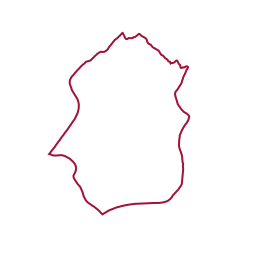 Man'ar, Al Mahrah, Yemen (Robinson projection), rotated 118°
{"feature_id": "15242507B25634508234618", "entity_name": "Man'ar", "entity_type": "district", "adm_level": 2, "iso_a3": "YEM", "parent_name": "Yemen", "parent_adm1": "Al Mahrah", "projection": "robinson", "projection_center": [50.908, 16.452], "detail": "fine", "context": "isolated", "style": "outline", "palette": "rose", "viewbox_px": 256, "rotation_deg": 118, "n_neighbors": 0, "source": "geoboundaries", "source_scale": "gbopen_adm2", "svg_char_len": 5797}
<svg xmlns="http://www.w3.org/2000/svg" viewBox="0 0 256 256"><g transform="rotate(118 128 128)"><path d="M45.8,104.4L45.9,105.0L46.2,105.5L46.6,105.9L48.0,106.7L48.4,107.1L48.5,107.6L48.7,108.1L49.7,108.7L50.0,109.2L50.0,109.8L49.6,110.2L48.8,111.0L48.3,111.2L47.9,111.6L47.8,112.2L47.7,112.8L47.4,113.4L47.0,113.9L46.3,114.8L45.7,115.7L45.5,116.3L45.6,116.8L46.0,117.2L47.0,117.5L47.6,117.6L48.0,117.8L48.5,118.0L49.3,118.7L49.7,119.0L49.9,119.6L50.2,120.1L50.7,120.4L51.1,120.7L50.7,121.2L50.3,121.4L49.9,121.8L49.8,122.4L50.0,122.9L50.1,123.5L50.0,124.0L49.3,125.1L49.1,125.6L49.0,126.8L49.0,127.4L48.9,128.0L48.4,128.9L48.2,129.5L47.8,130.6L47.7,131.2L47.7,131.7L47.8,132.9L47.6,133.4L47.3,133.9L46.4,135.4L45.4,137.1L45.3,137.6L45.3,138.2L45.2,140.6L45.1,141.9L45.1,142.5L45.1,143.7L45.0,144.3L44.3,145.9L44.0,146.4L43.8,146.9L43.8,147.6L43.9,148.7L43.9,149.3L43.7,150.0L43.5,150.5L43.2,151.0L42.4,151.8L42.1,152.3L41.6,152.6L41.2,153.0L40.9,153.4L40.7,154.0L40.4,155.2L40.4,156.4L40.3,159.4L40.2,160.0L40.0,160.5L39.7,161.0L39.7,162.5L40.1,162.8L40.6,162.9L41.7,163.3L43.3,164.0L44.2,164.5L44.7,164.9L45.0,165.3L45.3,165.8L45.8,166.0L46.3,166.1L46.7,166.4L47.0,166.9L47.5,168.0L48.3,169.6L48.8,169.9L49.2,170.1L49.7,170.4L50.1,170.9L50.3,171.4L50.2,171.9L50.0,172.5L49.7,173.0L49.4,173.4L49.0,173.8L48.7,174.2L47.6,175.8L47.0,176.6L46.6,177.2L46.6,177.5L46.9,177.6L48.2,178.0L49.1,178.3L49.5,178.3L50.5,178.6L51.1,178.9L51.5,179.0L51.8,179.1L52.1,179.2L52.4,179.3L53.9,179.7L54.6,180.1L56.0,180.8L56.3,181.0L56.9,181.1L57.3,181.2L58.1,181.3L58.8,181.5L59.5,181.6L60.5,181.7L61.9,182.0L62.6,182.1L63.3,182.2L64.0,182.5L65.0,182.7L66.4,182.8L67.1,182.8L67.5,182.8L68.0,182.9L68.8,183.0L69.6,183.3L69.8,183.5L70.7,183.9L71.3,184.3L71.8,184.7L72.1,185.0L72.3,185.3L72.5,185.6L72.7,185.9L72.9,186.6L73.5,187.8L73.8,188.1L74.1,188.3L74.5,188.6L75.5,189.2L76.2,189.5L76.8,189.9L77.1,190.0L77.8,190.2L78.4,190.4L79.4,190.8L80.1,191.0L80.8,191.3L81.5,191.4L82.3,191.6L83.3,192.0L83.9,192.2L85.3,192.6L85.9,192.9L86.1,193.0L86.7,193.5L87.2,194.0L87.7,194.5L87.9,194.7L88.1,195.0L88.6,195.5L88.8,195.8L89.1,196.0L89.7,196.4L90.8,196.6L91.8,196.9L92.3,197.2L92.6,197.3L93.3,197.6L95.2,198.3L96.0,198.5L96.3,198.6L96.6,198.7L96.9,198.7L97.5,198.9L98.4,199.1L98.8,199.2L99.2,199.3L100.5,199.8L101.6,200.0L102.3,200.2L102.9,200.3L104.3,200.7L105.6,200.9L106.8,201.1L108.5,201.6L109.2,201.8L109.5,201.8L111.8,201.8L112.5,201.8L113.8,201.5L114.5,201.2L115.5,200.6L116.6,199.9L118.5,197.7L118.8,197.5L119.2,196.9L120.3,195.9L120.9,195.3L121.1,195.0L121.3,194.7L121.8,193.7L122.0,193.4L123.2,191.4L124.2,189.7L124.7,188.8L124.9,188.4L125.8,186.9L126.4,186.0L127.4,185.0L127.9,184.4L128.8,183.7L129.4,183.2L130.0,182.7L131.0,182.1L132.2,181.5L132.6,181.4L132.9,181.2L134.5,180.5L135.0,180.4L136.8,179.9L137.8,179.7L138.2,179.6L140.2,179.4L142.3,179.4L144.4,179.2L145.2,179.3L146.3,179.4L146.7,179.5L147.0,179.5L148.4,179.7L151.6,180.0L152.0,180.1L152.4,180.1L152.8,180.2L154.8,180.5L155.9,180.5L158.4,180.8L160.2,181.2L160.5,181.2L161.5,181.4L161.9,181.5L162.2,181.5L162.9,181.6L164.2,181.7L164.5,181.7L166.2,182.1L167.0,182.2L167.4,182.3L169.1,182.4L169.4,182.5L170.5,182.6L170.9,182.6L171.2,182.7L171.9,182.8L172.5,183.1L172.9,183.1L174.6,183.2L175.0,183.3L176.0,183.5L179.3,183.8L180.4,184.1L183.4,184.6L184.7,184.9L185.5,185.0L186.1,185.0L187.1,185.2L188.0,185.4L187.8,184.4L187.6,183.7L187.6,182.6L187.5,181.9L187.3,181.1L187.2,180.8L187.0,180.4L186.7,179.8L186.0,178.5L183.6,174.7L183.3,174.0L183.0,173.3L182.9,173.0L182.4,170.7L182.4,170.3L182.4,168.4L182.4,165.5L182.5,165.1L182.6,164.3L182.9,163.2L183.0,162.8L183.2,162.1L183.5,160.7L184.2,159.2L184.7,158.2L185.1,157.5L185.9,156.5L186.2,156.2L187.0,155.6L188.2,154.8L188.5,154.6L189.2,154.4L190.1,154.1L191.1,154.0L191.5,153.9L192.9,153.9L193.2,153.8L195.5,153.8L196.1,153.6L196.4,153.4L197.0,152.9L197.9,151.8L198.3,151.2L198.7,150.6L199.4,149.3L200.1,148.0L201.3,145.7L201.6,144.9L202.0,143.7L202.4,142.6L203.3,141.4L204.0,140.5L205.5,138.6L206.4,137.7L206.8,137.2L208.1,136.1L208.8,135.3L209.0,135.0L209.3,134.8L210.0,133.8L210.6,132.8L211.3,131.9L211.8,131.0L212.1,130.2L212.5,128.8L212.8,127.3L213.0,125.4L213.0,125.0L213.2,124.2L213.3,123.4L213.3,123.0L213.3,122.2L213.4,121.1L213.6,120.0L213.9,118.5L214.3,116.2L214.6,115.0L214.8,114.6L215.0,113.8L215.6,112.3L215.7,111.7L216.0,110.9L216.3,110.1L209.7,106.1L203.7,101.0L199.5,96.5L196.1,92.4L191.9,86.6L185.9,76.4L182.3,70.4L179.4,65.1L177.4,62.3L175.9,60.7L174.2,59.0L172.7,58.2L170.7,57.3L168.6,56.8L166.6,56.8L162.6,55.7L158.6,54.7L154.5,54.2L152.3,54.2L150.5,54.9L142.6,58.2L137.7,60.3L137.1,60.9L136.1,61.5L135.1,61.9L134.6,62.1L134.1,62.4L133.5,62.6L133.2,63.0L132.8,63.5L132.3,63.9L131.8,64.3L131.2,64.6L129.8,65.6L128.7,66.2L127.4,67.2L126.5,67.9L126.1,68.4L124.8,69.6L124.0,70.5L123.6,71.0L123.3,71.4L122.9,71.8L122.1,72.7L119.9,74.5L118.3,75.4L117.2,75.9L116.0,76.4L115.5,76.7L114.5,77.2L113.9,77.3L112.7,77.8L112.1,78.0L111.6,78.1L111.2,78.4L110.7,78.7L110.1,78.9L109.6,78.9L108.5,79.0L105.7,79.3L103.5,79.3L101.3,79.3L100.2,79.1L98.5,79.1L98.0,79.0L96.2,78.6L94.1,78.5L92.9,78.5L92.4,78.6L91.9,78.6L91.4,78.8L90.4,79.0L89.4,79.2L88.9,79.5L88.6,79.9L88.3,80.5L87.8,82.3L87.8,82.8L87.7,83.5L87.6,84.4L87.7,85.4L87.6,85.9L87.5,86.5L87.1,87.7L86.8,88.7L86.4,89.8L86.1,90.4L85.5,91.5L84.7,93.2L84.1,94.3L83.8,94.8L83.4,95.4L83.0,95.8L82.6,96.2L81.7,97.0L80.4,98.3L78.8,100.0L77.5,101.2L76.6,101.9L76.2,102.3L75.2,102.7L74.7,102.9L74.2,102.9L73.2,102.9L72.6,102.8L70.8,102.4L69.8,102.3L67.5,102.2L67.0,102.1L66.5,102.1L66.0,102.1L65.4,102.0L64.9,101.9L62.7,101.9L62.2,102.0L61.7,102.1L60.8,102.4L59.2,102.6L57.5,103.0L56.4,103.1L52.1,103.2L50.5,103.5L50.0,103.5L49.5,103.5L49.0,103.5L46.8,103.4L46.3,103.5L45.9,103.9L45.8,104.4Z" fill="none" stroke="#9f1239" stroke-width="2"/></g></svg>